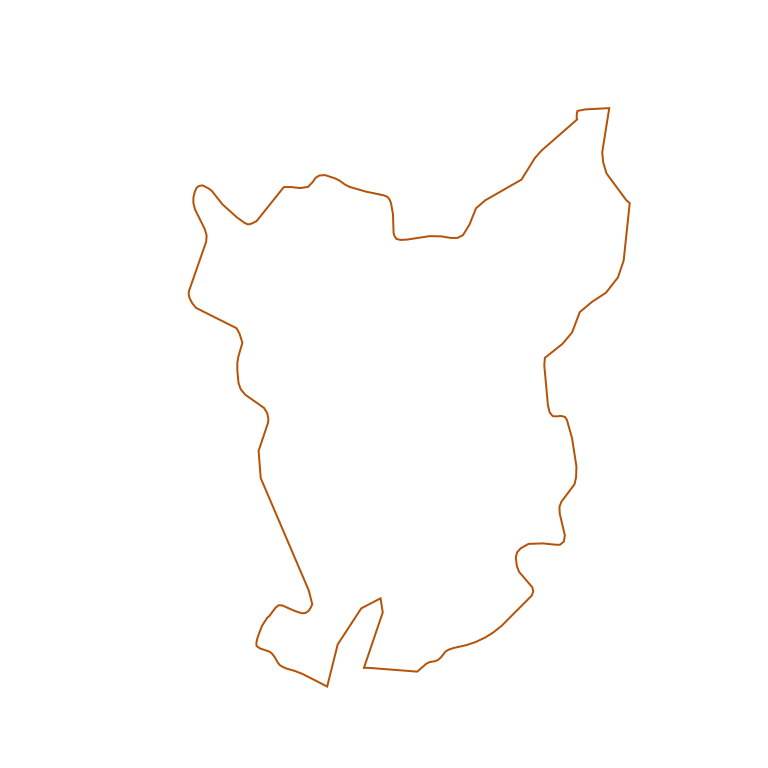 map outline of Hamburg (Natural Earth projection), rotated 279°
{"feature_id": "DEU-1578", "entity_name": "Hamburg", "entity_type": "State", "adm_level": 1, "iso_a3": "DEU", "parent_name": "Germany", "parent_adm1": "", "projection": "natural_earth1", "projection_center": [10.019, 53.566], "detail": "fine", "context": "isolated", "style": "outline", "palette": "amber", "viewbox_px": 768, "rotation_deg": 279, "n_neighbors": 0, "source": "natural_earth", "source_scale": "10m", "svg_char_len": 2292}
<svg xmlns="http://www.w3.org/2000/svg" viewBox="0 0 768 768"><g transform="rotate(279 384 384)"><path d="M100.5,408.6L158.2,418.5L171.8,414.1L158.8,396.6L119.5,379.0L76.3,375.2L76.4,374.9L84.8,349.1L86.6,341.0L87.7,332.0L88.9,327.7L90.2,324.8L92.5,322.4L96.7,319.2L99.9,316.0L101.7,313.0L103.4,303.0L105.3,299.1L108.7,298.4L113.8,298.8L126.0,301.3L134.8,305.2L137.0,307.1L145.6,311.6L148.9,314.3L149.4,318.1L146.3,329.6L145.1,335.8L144.8,339.6L145.6,342.2L146.7,343.5L147.9,344.7L149.3,345.6L151.4,346.5L155.2,347.6L168.3,342.0L271.7,277.0L298.4,270.6L327.3,275.5L331.4,275.3L337.2,273.1L341.6,269.2L351.7,248.6L356.4,243.3L362.1,240.2L374.9,236.9L382.2,235.8L388.7,235.9L402.5,237.7L410.8,233.6L416.0,229.7L429.7,186.6L433.7,182.0L438.3,178.6L440.7,177.5L442.3,177.0L445.1,176.8L496.7,186.1L502.7,185.6L508.6,183.0L526.9,170.0L533.0,167.4L538.3,166.6L544.0,167.0L548.7,168.3L550.6,170.3L551.8,173.7L549.7,180.2L547.9,183.6L536.1,196.4L525.6,212.6L521.4,220.9L520.3,224.7L521.6,228.0L525.0,232.7L562.2,253.9L562.9,254.5L564.0,261.7L564.4,270.5L566.8,278.1L572.5,282.1L577.0,284.2L579.8,287.5L581.1,293.1L579.5,303.1L578.2,307.6L574.8,314.5L573.3,319.2L571.2,336.0L570.3,354.2L569.5,357.7L568.5,359.3L566.4,361.1L563.6,362.7L553.1,366.3L534.4,369.9L531.7,371.3L529.2,373.6L528.9,377.9L530.2,384.0L537.2,406.0L538.8,417.7L538.7,427.0L539.8,433.8L543.4,438.7L554.8,443.5L572.0,447.4L581.3,455.3L607.4,487.8L630.6,497.6L639.1,503.0L675.6,533.4L676.4,532.9L678.0,532.5L682.1,532.1L684.0,532.4L686.6,539.4L691.7,563.3L647.0,563.3L637.2,565.8L626.8,570.8L603.4,594.6L601.1,598.4L543.4,601.4L525.9,598.4L508.8,588.9L497.8,576.7L485.6,566.1L464.4,561.7L451.7,554.1L435.0,538.8L427.5,539.4L388.4,549.3L381.8,552.1L378.7,555.6L378.8,558.0L379.3,560.8L380.0,562.8L380.1,565.3L379.7,568.0L377.1,570.3L359.7,578.3L332.5,587.0L321.9,588.3L314.7,587.8L295.4,577.6L290.1,576.5L283.6,577.8L262.8,586.3L256.5,586.3L252.7,582.9L252.1,578.3L251.4,565.8L248.7,551.8L243.0,544.6L238.5,541.8L233.4,541.3L224.9,543.7L219.4,547.0L206.4,562.3L202.3,563.9L198.1,563.0L163.7,538.1L155.6,530.7L149.3,523.4L143.1,514.2L138.9,506.0L134.1,493.9L131.6,489.2L129.2,486.5L122.7,482.9L119.8,480.4L118.0,477.3L116.5,472.6L114.4,469.6L105.1,461.8L101.3,413.9L100.5,408.6Z" fill="none" stroke="#b45309" stroke-width="2"/></g></svg>